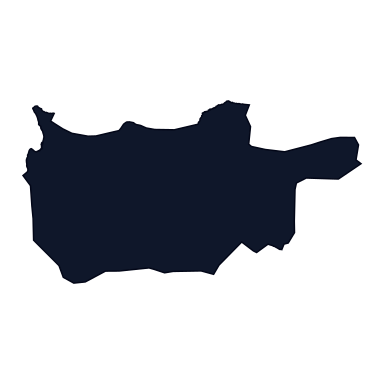 Shine-Ider, Hövsgöl, Mongolia
{"feature_id": "93677404B2181699947628", "entity_name": "Shine-Ider", "entity_type": "district", "adm_level": 2, "iso_a3": "MNG", "parent_name": "Mongolia", "parent_adm1": "Hövsgöl", "projection": "robinson", "projection_center": [99.405, 49.039], "detail": "fine", "context": "isolated", "style": "filled", "palette": "ink", "viewbox_px": 384, "rotation_deg": 0, "n_neighbors": 0, "source": "geoboundaries", "source_scale": "gbopen_adm2", "svg_char_len": 5500}
<svg xmlns="http://www.w3.org/2000/svg" viewBox="0 0 384 384"><path d="M31.1,148.7L30.3,149.1L29.6,149.9L29.3,150.6L29.0,151.0L28.9,151.5L28.9,152.1L28.7,152.5L28.4,153.2L28.3,153.6L28.3,154.1L27.9,154.6L27.6,155.0L27.6,155.6L27.8,156.2L27.7,156.8L27.4,157.2L27.1,157.6L27.1,157.9L27.1,158.1L27.0,158.4L26.6,159.0L26.4,160.3L26.5,162.2L26.7,163.2L26.8,164.2L26.8,164.9L26.7,165.7L26.8,166.3L27.2,167.4L27.8,168.6L27.9,169.5L27.9,170.3L27.7,171.2L27.4,171.8L25.8,173.2L23.0,175.5L30.5,185.7L31.9,206.2L33.1,218.6L33.6,240.2L59.0,265.6L63.3,277.3L73.8,283.1L85.3,281.9L105.5,271.1L119.0,271.0L149.0,267.9L154.0,269.3L164.6,272.8L173.1,271.4L201.1,270.9L213.6,274.3L219.0,265.1L241.7,242.0L253.4,250.9L256.6,252.5L268.1,244.1L268.9,244.5L269.8,244.8L272.0,245.4L272.4,245.5L273.0,245.9L273.5,246.2L274.0,246.3L274.5,246.4L275.8,247.1L276.1,247.4L277.1,247.8L278.5,248.7L279.5,249.3L280.2,249.5L280.8,249.3L281.2,249.3L281.5,249.4L281.8,249.6L284.0,244.1L288.2,243.0L294.5,232.6L294.3,221.2L295.0,189.5L296.4,183.0L306.3,178.0L331.2,178.8L338.4,179.0L361.0,163.7L356.0,159.9L358.5,144.9L354.5,137.5L340.3,137.4L331.6,138.6L319.9,142.1L311.3,144.9L284.7,151.8L265.3,149.5L251.5,146.5L248.7,144.2L250.5,126.6L245.3,115.3L249.3,104.9L243.5,104.3L243.1,104.1L242.7,104.0L242.3,104.0L241.4,104.2L241.0,104.2L240.6,104.0L239.6,103.8L239.2,103.6L238.7,103.6L238.2,103.7L237.6,103.8L236.9,103.5L236.5,103.4L235.6,103.5L235.2,103.5L234.3,103.1L234.0,103.0L233.1,103.0L232.7,102.8L232.6,102.5L232.2,102.4L232.0,102.5L231.8,102.6L231.6,102.7L231.3,102.7L231.0,102.6L230.9,102.4L230.7,102.4L230.3,102.3L230.3,102.1L230.1,101.8L229.8,101.7L229.7,101.6L229.5,101.4L229.2,101.3L228.9,101.3L228.7,101.2L228.2,100.9L227.9,101.1L227.5,101.2L227.2,101.1L226.9,101.2L226.5,101.3L226.4,101.5L226.1,101.9L225.9,102.1L225.7,102.3L225.0,102.6L224.6,102.9L224.3,103.2L223.9,103.7L223.4,104.1L223.0,104.3L222.6,104.3L221.8,104.3L220.5,104.9L219.8,105.0L219.6,105.0L219.2,104.9L218.9,104.8L218.6,104.9L217.8,105.4L217.2,106.0L216.2,106.3L216.0,106.5L215.9,107.1L215.9,107.3L215.1,107.7L215.0,107.8L214.9,107.7L214.7,107.6L214.3,107.9L214.2,108.0L213.8,107.9L213.5,108.0L213.4,108.1L213.4,108.5L212.9,108.6L212.6,108.5L212.4,108.6L212.2,108.7L212.1,108.9L211.8,109.2L211.6,109.3L211.4,109.3L211.0,109.1L210.8,109.1L210.7,109.1L210.5,109.5L210.3,109.5L210.2,109.4L209.9,109.3L209.7,109.3L209.6,109.6L209.6,109.8L209.6,110.0L209.1,109.8L208.6,110.2L208.3,110.3L208.3,110.5L208.2,110.7L208.3,110.9L208.3,111.1L208.0,111.3L207.8,111.4L207.4,111.5L207.1,111.5L206.6,111.4L206.4,111.4L206.1,111.5L205.7,111.6L205.6,112.0L205.4,112.2L205.2,112.1L205.1,111.9L204.8,111.8L204.7,111.8L204.7,112.0L204.7,112.3L204.2,112.4L204.0,112.5L203.5,112.5L203.3,112.6L203.0,112.9L202.4,113.2L202.4,113.3L202.4,113.5L202.6,113.6L202.7,113.8L202.8,114.3L202.8,114.5L202.7,114.6L202.4,115.0L201.9,115.4L201.8,115.6L201.7,115.8L201.7,116.0L201.8,116.1L201.9,116.3L201.9,116.5L200.8,117.9L200.3,118.5L200.1,118.8L200.1,119.1L200.0,119.4L200.0,119.7L200.1,120.1L200.0,120.5L199.8,120.9L199.4,121.4L198.9,121.9L198.5,122.3L198.4,122.5L198.4,123.3L198.3,123.5L198.2,123.6L198.0,124.0L197.7,124.3L174.3,129.8L154.8,129.5L146.3,128.0L140.7,125.5L138.6,125.0L136.7,124.7L135.3,124.1L133.5,122.7L131.6,122.3L129.5,121.9L126.8,122.0L126.2,122.3L125.3,122.9L123.6,124.2L120.8,128.4L119.0,130.6L112.9,132.0L95.9,136.0L88.0,136.2L71.9,133.3L62.9,128.9L55.3,124.1L50.6,121.0L54.2,113.4L53.7,113.2L53.3,113.2L52.9,113.2L52.1,113.4L51.6,113.5L51.0,113.4L50.4,113.3L50.1,113.3L49.8,113.4L49.3,113.4L49.0,113.4L48.5,113.3L47.3,112.8L46.4,112.4L46.0,112.4L45.4,112.4L44.8,112.4L44.2,111.8L44.0,111.6L43.2,111.5L42.6,111.0L42.3,110.9L42.1,110.7L42.0,110.3L41.9,110.1L41.6,109.8L41.5,109.7L41.6,109.1L41.5,108.9L41.2,108.7L40.4,108.5L38.4,107.4L38.0,107.3L37.8,107.1L37.9,106.6L37.8,106.4L37.6,106.2L37.1,106.0L36.8,106.0L35.4,106.2L35.2,106.2L34.9,106.4L34.4,106.9L33.5,107.7L32.9,108.0L32.8,108.3L32.8,108.6L33.0,109.0L33.7,110.1L33.7,110.4L34.1,111.3L34.2,111.7L34.5,112.2L35.6,113.5L37.0,116.4L37.6,118.1L37.7,118.6L37.8,119.0L38.0,119.9L38.1,120.4L38.2,120.7L38.5,121.3L38.7,122.3L38.7,122.8L38.8,123.3L38.7,123.6L38.6,124.0L38.7,124.3L38.8,124.6L39.0,124.9L39.9,125.7L40.1,125.9L40.4,125.9L40.6,126.1L40.7,126.3L40.8,126.6L40.8,127.2L40.8,127.6L41.0,128.8L41.1,129.0L41.4,129.2L41.6,129.3L41.7,129.5L41.9,129.8L41.9,130.1L41.9,130.3L42.3,130.6L42.4,130.9L42.6,131.3L42.9,132.4L43.0,132.7L43.1,133.0L43.2,133.3L43.2,133.8L43.4,134.1L43.6,134.4L43.8,136.0L44.0,136.9L44.0,137.1L44.0,137.4L43.9,137.6L43.7,137.9L43.7,138.4L43.7,138.5L43.5,139.0L43.5,139.5L43.3,140.1L43.1,140.6L43.0,141.2L43.0,141.5L42.9,141.8L42.8,142.1L42.7,142.2L42.4,142.3L42.2,142.3L42.0,142.5L41.8,142.8L41.6,143.0L41.5,143.5L41.8,143.7L41.9,143.8L42.1,143.8L42.4,143.7L42.7,143.7L42.7,143.8L42.7,144.0L42.3,144.1L42.0,144.3L41.9,144.6L41.6,144.4L41.3,144.3L41.2,144.4L41.2,144.5L41.3,144.9L41.4,145.3L41.7,145.5L42.0,145.5L42.2,145.8L42.0,146.0L41.7,146.0L41.5,146.6L41.5,147.2L41.5,147.3L41.8,147.6L42.0,147.7L42.1,147.9L41.6,148.0L41.5,148.3L41.6,148.7L41.6,148.8L41.1,148.7L40.9,148.8L40.5,149.5L40.1,149.7L40.0,149.9L39.9,150.0L40.0,150.3L40.0,150.5L39.9,150.6L39.4,150.8L38.8,150.6L38.6,150.7L38.6,150.8L38.6,151.1L38.4,151.2L38.0,151.0L37.8,151.1L37.5,151.4L37.1,151.4L37.0,151.7L36.9,151.8L36.6,151.9L36.2,151.9L35.2,151.6L34.7,151.4L33.9,150.8L33.3,150.1L32.9,149.9L32.5,149.7L32.2,149.4L32.1,149.2L31.9,149.0L31.3,148.7L31.1,148.7Z" fill="#0f172a" stroke="#020617" stroke-width="1.5"/></svg>